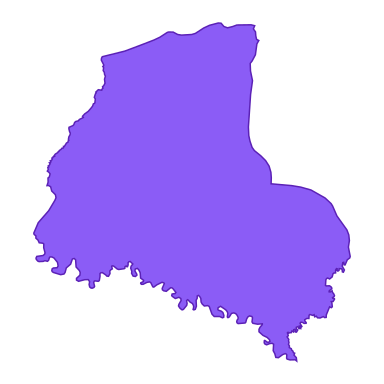 Nong Hi, Roi Et, Thailand
{"feature_id": "78962969B92909232830049", "entity_name": "Nong Hi", "entity_type": "district", "adm_level": 2, "iso_a3": "THA", "parent_name": "Thailand", "parent_adm1": "Roi Et", "projection": "albers", "projection_center": [104.018, 15.58], "detail": "fine", "context": "isolated", "style": "filled", "palette": "violet", "viewbox_px": 384, "rotation_deg": 0, "n_neighbors": 0, "source": "geoboundaries", "source_scale": "gbopen_adm2", "svg_char_len": 5937}
<svg xmlns="http://www.w3.org/2000/svg" viewBox="0 0 384 384"><path d="M350.2,256.4L348.4,247.1L349.4,240.6L348.8,234.9L346.9,229.9L336.9,215.9L332.6,206.0L331.1,203.6L325.1,198.0L311.0,190.0L300.7,187.1L291.6,185.6L271.1,183.8L271.3,177.8L270.9,172.3L269.1,166.1L265.6,160.6L260.8,155.8L254.4,150.6L252.1,147.4L250.0,141.2L248.8,135.6L248.4,127.0L250.6,94.3L252.5,80.7L250.5,71.0L250.2,63.4L252.1,61.0L255.4,54.8L256.9,43.9L258.8,40.5L256.6,39.4L255.8,35.9L255.5,31.9L253.4,28.9L254.7,25.7L251.1,24.8L236.9,25.0L232.5,26.6L227.5,27.8L223.9,26.5L221.1,23.2L218.2,23.0L209.5,25.3L203.7,28.0L195.4,33.4L191.7,34.5L181.5,35.1L177.7,34.5L173.2,32.1L168.7,32.0L167.3,32.4L159.9,37.2L154.0,40.0L140.8,45.1L124.8,51.1L102.3,56.7L101.5,58.2L101.3,60.1L103.7,64.8L103.7,65.8L102.8,66.4L103.6,67.7L103.2,70.6L104.3,72.3L104.6,74.6L105.4,76.1L104.5,79.2L105.0,83.2L103.8,85.5L102.5,86.8L103.0,88.1L101.9,89.3L101.7,90.2L98.3,89.7L95.8,92.1L96.2,92.8L95.4,93.9L94.3,97.4L95.3,98.9L94.9,102.7L94.5,103.4L93.4,103.8L92.6,106.1L90.8,108.4L88.2,111.4L84.8,113.8L82.5,116.3L83.3,117.5L79.3,119.5L78.4,120.8L75.7,121.5L74.6,122.5L73.8,124.7L72.9,125.6L69.0,127.3L68.9,128.8L69.6,131.8L70.3,133.0L70.1,134.6L68.8,137.0L68.4,139.4L68.8,140.3L68.1,141.0L68.0,142.2L66.5,143.0L64.3,146.5L63.5,146.4L63.5,147.5L62.9,148.3L62.1,148.1L60.9,149.5L59.3,150.5L59.2,151.1L58.1,151.8L57.9,152.5L55.3,154.1L54.0,155.9L54.6,155.9L54.7,156.3L53.0,156.9L52.8,157.7L51.9,158.1L52.2,159.2L51.7,160.1L50.2,160.9L50.9,161.7L50.4,162.7L49.4,162.8L50.0,163.9L49.4,165.1L48.2,166.0L48.8,166.9L47.8,167.6L48.3,169.4L47.3,171.1L49.0,172.4L50.1,173.9L49.3,176.9L48.0,178.0L48.1,182.2L47.0,185.6L48.5,185.5L50.6,186.7L51.7,191.0L55.4,194.7L56.0,197.7L54.9,200.3L48.7,210.7L38.3,222.6L33.8,233.1L34.1,234.4L35.9,235.9L35.9,238.2L38.0,240.1L39.2,242.8L42.8,243.2L43.8,244.0L43.7,247.7L45.0,252.7L44.7,254.1L43.1,255.5L36.8,256.4L36.0,258.1L36.3,259.4L37.8,261.1L39.0,261.6L43.2,261.4L44.9,260.7L47.5,261.3L48.6,260.3L49.5,257.4L50.3,256.9L52.0,257.0L54.0,258.0L57.5,262.4L58.1,266.0L57.1,267.7L53.3,268.0L52.1,268.9L51.8,270.8L52.4,271.8L53.5,272.5L60.7,274.7L64.0,274.0L65.1,272.4L66.3,267.9L70.6,264.2L72.4,259.0L74.2,258.5L75.6,259.8L76.1,267.0L79.4,270.6L80.2,272.6L79.9,275.2L76.5,278.3L76.5,280.1L78.6,281.3L84.7,279.7L88.3,279.6L89.6,281.7L89.1,284.5L89.7,287.0L91.1,288.1L92.6,288.1L94.0,287.4L94.6,286.3L93.7,282.7L94.2,281.2L94.9,280.9L98.3,281.3L99.3,280.6L100.0,276.5L100.0,273.6L100.6,272.9L102.3,272.6L105.6,274.8L106.8,276.1L108.5,276.3L110.0,273.6L109.8,271.1L110.8,269.8L112.3,268.9L111.7,266.6L112.1,265.8L113.7,266.1L117.2,269.0L118.8,269.5L124.2,268.7L124.9,268.2L124.9,266.9L125.4,266.3L126.4,266.1L126.6,266.6L127.5,266.7L128.1,265.0L128.1,262.6L129.0,261.7L130.2,261.5L132.8,264.0L131.1,266.2L130.7,268.2L131.8,271.3L131.6,273.4L133.1,276.1L135.4,276.5L136.9,275.2L136.8,274.2L134.9,270.9L135.3,269.0L137.4,268.4L138.8,269.9L140.2,272.7L140.6,278.1L143.6,280.3L143.3,281.6L140.8,282.8L140.7,283.5L141.4,284.3L143.1,284.3L146.9,282.4L149.6,281.9L150.8,282.7L152.8,286.8L153.8,287.1L156.9,284.8L162.0,282.3L163.9,282.9L164.3,283.6L162.2,288.4L162.4,289.8L163.7,290.8L166.3,291.3L170.7,287.7L171.8,287.8L172.9,288.6L175.9,292.4L175.2,293.5L172.1,294.0L171.7,295.5L172.2,296.3L175.3,298.5L178.9,297.3L180.8,298.5L181.1,300.5L178.9,304.3L178.5,305.9L179.7,307.9L181.7,309.7L182.7,309.8L183.6,309.2L186.7,305.4L187.1,303.5L186.6,300.7L187.5,299.7L188.3,300.1L189.8,301.9L192.4,303.5L193.3,305.1L193.7,306.9L193.1,309.5L193.9,309.9L195.3,309.3L196.4,306.3L196.1,300.3L197.2,298.2L197.2,296.0L198.4,295.4L199.6,296.4L200.8,298.4L201.1,302.0L202.2,304.0L204.3,306.0L207.7,305.6L209.2,306.4L212.0,314.2L214.2,316.5L219.7,316.5L222.4,317.8L223.7,317.3L223.9,315.5L222.9,312.5L221.4,311.2L218.3,310.1L217.8,309.3L218.2,307.6L220.6,306.3L225.6,309.7L227.2,311.6L227.8,313.3L227.3,316.8L227.6,317.5L228.5,317.5L229.4,316.8L231.5,313.4L233.8,312.9L235.7,313.6L237.2,315.4L238.2,317.6L238.0,319.0L237.1,320.1L236.7,321.7L237.0,322.8L238.1,323.6L245.1,323.0L245.8,322.2L246.6,319.1L247.8,317.0L249.5,315.9L251.9,316.5L252.5,317.8L252.0,321.9L252.9,323.3L257.6,324.2L262.3,323.8L262.3,324.6L260.0,327.3L259.0,329.3L259.0,331.8L263.0,335.4L267.1,337.4L269.6,339.8L269.9,341.5L268.4,342.3L267.3,342.2L264.8,340.4L264.3,340.7L264.2,342.9L265.1,344.2L266.7,344.8L269.7,343.6L272.1,343.3L273.6,344.2L273.2,350.7L274.8,353.7L275.8,357.4L278.4,357.7L282.7,354.6L285.2,353.6L286.4,354.2L286.8,354.9L286.6,358.1L287.1,359.1L290.0,359.9L295.2,359.8L296.7,361.0L296.3,357.6L294.0,355.1L294.7,353.2L293.4,352.7L292.9,351.1L291.7,350.1L291.3,348.7L289.3,347.6L289.4,345.9L288.5,344.4L289.0,342.4L288.5,340.9L288.8,339.4L287.1,336.9L288.3,335.7L287.4,332.8L288.0,332.3L288.7,333.2L289.8,332.7L291.2,332.7L292.0,330.9L293.5,332.0L293.9,331.3L293.7,329.7L294.6,329.4L295.5,329.9L295.4,332.0L296.5,332.1L297.7,330.1L296.2,328.4L296.3,327.3L297.7,326.7L298.5,327.4L298.9,328.6L300.7,328.6L299.4,326.1L300.1,326.0L301.3,327.1L301.9,326.5L300.1,323.5L300.4,322.6L301.0,322.2L302.7,322.5L304.0,323.4L306.1,323.3L306.2,322.6L304.8,320.8L304.7,319.7L306.9,318.4L308.9,318.5L309.1,315.2L309.9,314.5L312.8,315.4L314.1,314.7L314.6,316.8L316.3,316.2L317.5,317.8L320.1,318.0L323.3,316.6L324.7,317.6L326.2,317.4L326.3,314.9L329.6,306.8L331.2,307.7L332.3,306.8L331.9,303.0L331.3,301.6L333.1,301.5L334.5,299.3L334.4,298.6L332.8,298.3L332.5,297.7L334.2,296.4L334.5,295.6L333.5,293.4L332.6,292.6L332.1,290.8L330.2,292.0L329.1,291.8L329.3,290.7L331.8,288.8L331.8,288.0L331.1,286.9L329.6,285.8L326.3,285.9L325.5,285.5L325.9,279.5L326.9,278.3L327.7,278.0L329.6,279.0L332.2,276.9L333.0,273.8L333.8,273.1L335.6,272.9L335.6,270.0L336.5,268.6L337.2,268.8L337.1,270.5L337.9,271.1L339.0,270.4L339.2,268.6L341.6,268.9L342.1,269.6L342.4,271.9L343.4,272.2L344.4,270.0L342.2,266.1L342.8,262.6L343.7,262.3L344.2,264.9L345.1,264.9L347.3,259.8L349.8,257.9L350.2,256.4Z" fill="#8b5cf6" stroke="#5b21b6" stroke-width="1.5"/></svg>